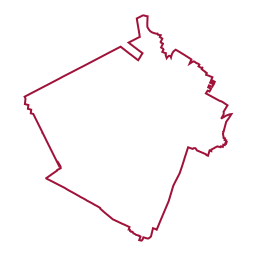 Tizayuca, Hidalgo, Mexico
{"feature_id": "50627088B81071205197535", "entity_name": "Tizayuca", "entity_type": "district", "adm_level": 2, "iso_a3": "MEX", "parent_name": "Mexico", "parent_adm1": "Hidalgo", "projection": "natural_earth1", "projection_center": [-98.946, 19.853], "detail": "fine", "context": "isolated", "style": "outline", "palette": "rose", "viewbox_px": 256, "rotation_deg": 0, "n_neighbors": 0, "source": "geoboundaries", "source_scale": "gbopen_adm2", "svg_char_len": 4517}
<svg xmlns="http://www.w3.org/2000/svg" viewBox="0 0 256 256"><path d="M212.3,77.4L212.4,77.2L210.6,76.5L209.4,76.0L208.2,75.5L207.0,75.1L206.1,74.8L206.3,74.2L206.8,73.1L205.8,72.6L205.9,72.4L205.2,71.8L205.2,71.7L204.0,70.9L202.8,70.1L201.7,69.1L202.8,67.0L202.6,67.2L202.4,67.7L201.0,67.7L199.8,67.1L198.5,66.3L199.4,64.6L198.3,63.8L197.4,63.3L197.0,63.3L196.3,63.0L195.7,62.5L194.5,61.7L194.4,61.8L193.2,61.4L189.6,63.7L191.4,59.4L189.7,58.3L186.7,56.4L183.9,54.6L182.0,53.5L181.9,53.4L179.1,51.7L175.7,49.7L174.3,50.7L173.3,51.7L172.8,52.5L171.9,54.2L171.4,55.8L171.0,57.4L170.7,56.7L170.3,56.1L169.6,55.8L168.8,55.9L168.3,56.3L167.1,57.5L166.7,58.1L165.6,54.9L165.8,54.6L165.9,53.8L165.8,53.3L165.8,53.1L165.5,53.1L164.9,53.0L164.7,52.9L162.3,51.9L162.7,51.0L163.5,49.6L163.1,48.8L161.1,47.5L162.0,45.5L163.0,43.8L163.0,43.7L160.9,42.5L160.6,42.1L162.3,38.6L159.8,37.0L160.7,35.2L157.9,34.7L157.5,33.6L157.3,33.6L156.3,33.7L154.4,33.2L152.9,32.7L151.9,32.3L151.0,31.7L150.3,31.2L149.5,30.4L148.6,29.1L147.7,27.6L147.5,27.3L147.3,26.0L147.3,25.1L147.3,24.3L147.3,22.7L147.4,21.4L147.4,20.5L147.5,18.0L147.6,16.3L147.4,16.3L145.1,15.8L143.9,15.4L143.1,15.4L142.7,15.5L137.9,17.9L137.0,18.3L136.7,17.7L136.8,18.6L137.1,20.5L137.5,23.0L137.7,24.2L138.6,29.5L138.8,30.5L138.9,31.0L139.0,32.0L139.1,32.7L139.3,33.5L139.4,34.3L139.5,35.2L139.8,36.9L136.7,38.4L136.3,38.6L135.5,39.1L135.0,39.3L132.5,40.6L128.6,42.6L133.5,46.4L134.1,46.9L135.4,47.8L136.0,48.3L138.6,50.3L140.8,51.9L142.5,53.2L141.1,55.4L140.5,56.5L140.3,56.8L140.2,57.0L140.0,57.3L139.8,57.7L139.3,58.5L139.2,58.6L138.9,59.0L138.2,60.2L137.2,59.5L136.9,59.3L136.4,58.9L135.8,58.4L135.3,58.0L134.7,57.6L133.9,57.0L133.7,56.8L131.6,55.2L131.1,54.8L129.8,53.9L129.6,53.7L128.3,52.7L120.6,46.7L111.1,51.6L82.7,66.5L79.7,68.0L76.2,69.8L72.4,71.8L62.8,76.7L60.5,78.0L50.0,83.5L24.6,96.7L25.5,98.5L25.3,100.5L24.9,104.1L28.4,105.0L27.9,108.8L31.2,109.7L30.8,113.3L33.3,114.0L39.1,125.7L39.8,127.1L40.8,129.1L42.0,131.5L42.4,132.3L42.3,132.7L42.6,132.8L43.8,135.2L46.1,139.9L58.5,164.8L58.6,163.2L59.0,163.8L60.5,166.5L60.7,168.2L57.2,170.0L57.1,170.6L56.9,170.7L46.2,178.2L46.3,178.5L60.4,185.7L64.9,188.0L66.6,189.1L68.3,190.1L69.5,190.8L72.5,192.4L73.4,192.9L75.4,194.0L77.3,195.1L79.3,196.2L79.7,196.5L81.7,197.6L83.7,198.6L85.3,199.5L86.8,200.5L88.7,201.5L90.6,202.5L92.3,203.4L93.9,204.4L95.6,205.3L97.3,206.2L98.6,207.0L98.8,207.1L100.1,207.9L100.2,208.0L100.2,208.6L102.3,210.5L104.8,212.7L112.9,219.4L113.2,219.5L117.5,221.5L121.0,223.2L123.2,224.2L123.3,224.2L123.8,224.4L124.4,224.7L126.6,225.7L129.5,227.1L128.7,229.5L129.3,229.6L129.9,229.9L129.9,230.4L130.0,230.9L130.2,231.2L130.6,231.4L131.2,231.8L131.6,231.5L132.2,231.7L132.6,231.9L133.0,232.5L133.2,232.9L133.3,233.3L133.7,233.4L134.7,233.9L135.2,234.2L135.6,234.5L136.1,234.9L137.0,235.1L137.7,235.3L138.4,235.4L138.7,235.5L138.8,235.8L139.0,236.0L139.3,236.0L139.6,236.0L139.8,236.1L140.5,236.5L139.2,240.1L140.2,240.4L141.6,240.6L142.7,239.3L143.4,237.3L144.6,237.6L145.8,238.1L146.7,238.3L147.6,238.5L148.6,238.4L149.6,237.7L150.9,236.6L151.4,234.9L151.6,233.8L151.8,233.1L153.0,228.2L154.6,228.8L155.1,228.8L156.7,229.7L160.5,220.5L164.4,211.3L168.7,201.1L173.3,185.7L174.4,183.5L179.7,173.2L182.3,165.5L183.1,163.0L183.7,161.1L183.8,160.6L184.2,159.6L184.4,158.8L185.2,156.2L185.7,154.8L186.6,151.9L187.1,150.4L188.1,147.3L192.3,148.8L192.8,148.9L193.4,148.3L195.0,148.1L195.6,148.4L196.2,149.3L196.9,150.4L204.7,153.7L206.1,154.4L206.4,155.1L208.0,155.7L209.6,150.4L211.3,151.1L211.3,149.6L214.2,148.1L214.8,147.7L217.3,146.4L220.5,147.2L220.8,146.3L221.0,146.3L222.8,146.9L223.3,144.7L224.8,145.1L225.3,143.3L226.1,143.7L226.7,141.9L225.9,141.6L226.2,140.3L224.6,140.0L225.0,138.3L224.6,138.2L223.8,138.1L223.7,138.0L223.5,137.9L223.6,137.2L223.3,135.6L222.9,133.8L223.3,132.6L223.2,131.9L223.5,131.9L224.9,126.7L225.5,124.4L226.2,121.8L228.8,118.2L229.0,117.9L231.4,114.1L229.4,114.4L225.8,115.8L224.4,116.7L222.9,117.6L222.0,118.1L221.2,118.7L221.4,118.3L222.9,115.7L223.1,115.4L223.3,115.0L223.5,114.6L223.7,113.7L223.7,112.6L223.6,111.7L224.0,111.1L224.3,110.6L224.6,110.1L226.0,107.8L226.5,106.9L226.8,106.5L227.5,105.3L227.2,105.1L224.2,103.1L223.2,102.4L221.5,101.4L220.0,101.0L219.0,100.5L207.0,94.0L205.9,93.4L207.0,91.5L207.8,90.6L209.5,91.5L209.8,91.0L211.0,88.8L208.2,87.3L208.5,86.6L208.6,86.4L209.0,85.4L212.1,86.9L213.6,84.5L210.1,82.7L210.6,81.7L214.0,83.6L214.8,81.8L211.3,79.9L211.6,79.1L212.0,78.1L212.3,77.4Z" fill="none" stroke="#9f1239" stroke-width="2"/></svg>